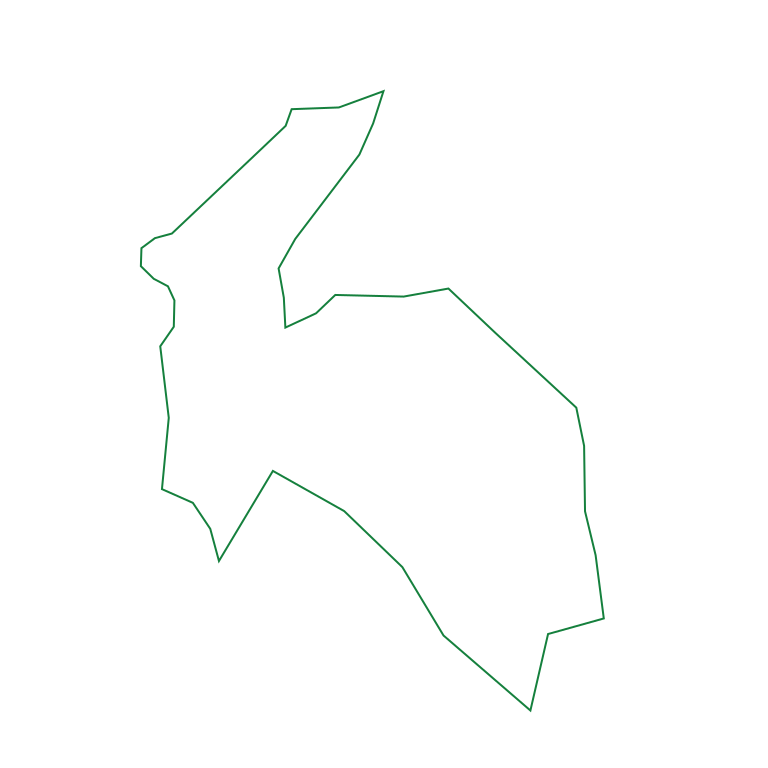 an SVG outline of Ibanda, rotated 103°
{"feature_id": "UGA-3369", "entity_name": "Ibanda", "entity_type": "County", "adm_level": 1, "iso_a3": "UGA", "parent_name": "Uganda", "parent_adm1": "", "projection": "orthographic", "projection_center": [30.484, -0.063], "detail": "fine", "context": "isolated", "style": "outline", "palette": "green", "viewbox_px": 768, "rotation_deg": 103, "n_neighbors": 0, "source": "natural_earth", "source_scale": "10m", "svg_char_len": 669}
<svg xmlns="http://www.w3.org/2000/svg" viewBox="0 0 768 768"><g transform="rotate(103 384 384)"><path d="M536.4,576.7L465.4,586.1L397.6,610.5L375.5,601.7L349.7,607.0L337.4,616.5L333.3,632.0L323.9,647.4L306.2,650.9L293.4,640.0L285.1,624.5L185.6,558.4L154.6,537.9L137.0,535.8L124.7,490.2L98.8,450.4L132.6,453.2L166.0,459.6L262.6,503.1L295.1,512.7L322.5,501.0L351.2,492.8L330.4,466.1L308.2,451.5L294.4,384.5L276.5,342.7L309.2,286.9L363.8,191.3L399.3,175.1L462.8,159.5L503.2,139.3L563.0,117.1L590.7,167.9L669.2,167.9L615.7,269.4L558.3,324.9L516.8,394.2L493.7,472.7L593.6,505.0L564.2,520.7L542.8,543.5L536.4,576.7Z" fill="none" stroke="#15803d" stroke-width="2"/></g></svg>